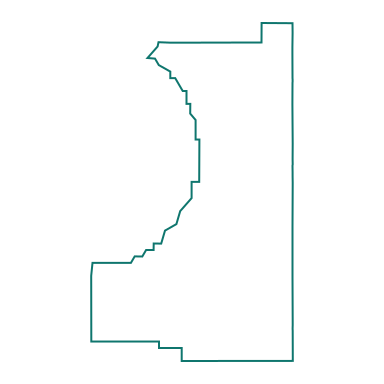 Wibaux, Montana, United States of America
{"feature_id": "52423323B54665003202260", "entity_name": "Wibaux", "entity_type": "district", "adm_level": 2, "iso_a3": "USA", "parent_name": "United States of America", "parent_adm1": "Montana", "projection": "robinson", "projection_center": [-104.243, 47.019], "detail": "fine", "context": "isolated", "style": "outline", "palette": "teal", "viewbox_px": 384, "rotation_deg": 0, "n_neighbors": 0, "source": "geoboundaries", "source_scale": "gbopen_adm2", "svg_char_len": 939}
<svg xmlns="http://www.w3.org/2000/svg" viewBox="0 0 384 384"><path d="M91.3,341.5L159.0,341.5L159.0,348.0L181.7,348.0L181.7,361.0L292.8,360.9L292.7,330.9L292.6,328.6L292.7,325.2L292.7,324.9L292.7,323.4L292.5,276.3L292.5,230.2L292.5,226.9L292.7,183.9L292.7,182.4L292.6,176.7L292.6,175.0L292.6,172.1L292.5,165.6L292.7,164.4L292.6,159.2L292.7,143.7L292.4,104.3L292.5,82.7L292.6,81.8L292.6,81.4L292.6,79.4L292.5,78.2L292.5,76.9L292.4,53.1L292.4,52.3L292.4,47.2L292.6,33.0L292.5,23.2L261.6,23.0L261.5,42.5L171.0,42.7L158.5,42.2L157.6,46.5L147.5,58.0L155.0,58.6L158.8,65.1L170.3,71.6L170.3,78.1L175.2,78.1L182.7,91.0L186.5,91.0L186.5,103.9L190.3,103.9L190.2,113.6L195.6,120.0L195.6,139.5L199.4,139.5L199.2,181.9L191.6,181.9L191.6,198.1L180.2,211.1L176.4,224.1L165.0,230.6L161.2,243.6L153.7,243.5L153.6,250.0L146.1,250.0L142.3,256.5L134.7,256.4L130.9,262.9L92.5,262.9L91.2,275.8L91.3,341.5Z" fill="none" stroke="#0f766e" stroke-width="2"/></svg>